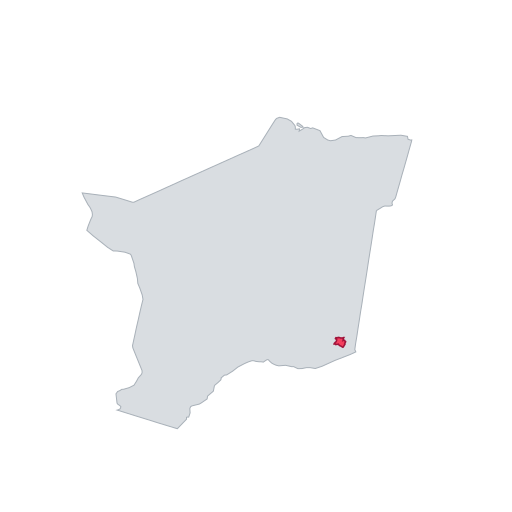 Ndhiwa, Nyanza, Kenya shown in context, rotated 246°
{"feature_id": "3690345B51434917036574", "entity_name": "Ndhiwa", "entity_type": "district", "adm_level": 2, "iso_a3": "KEN", "parent_name": "Kenya", "parent_adm1": "Nyanza", "projection": "natural_earth1", "projection_center": [34.403, -0.712], "detail": "fine", "context": "in_parent", "style": "filled", "palette": "rose", "viewbox_px": 512, "rotation_deg": 246, "n_neighbors": 0, "source": "geoboundaries", "source_scale": "gbopen_adm2", "svg_char_len": 5037}
<svg xmlns="http://www.w3.org/2000/svg" viewBox="0 0 512 512"><g transform="rotate(246 256 256)"><path d="M127.8,308.2L127.7,301.8L128.5,285.7L128.4,271.5L129.1,264.4L132.1,259.9L133.5,256.7L134.5,252.1L136.1,248.4L139.7,245.3L140.3,243.7L144.1,238.6L146.4,232.1L148.1,229.9L150.3,227.9L151.8,226.8L154.3,225.7L156.2,225.1L156.6,224.6L156.8,223.5L156.1,219.5L157.0,218.2L158.3,215.5L159.8,213.0L161.2,211.4L162.0,209.7L162.3,206.9L162.4,204.9L162.4,201.6L161.9,194.2L160.3,187.9L159.3,180.9L160.0,178.6L158.8,174.5L158.1,174.3L157.1,173.4L155.8,169.6L154.8,166.0L154.2,165.1L149.9,162.1L147.7,154.8L145.3,153.2L144.0,146.0L143.8,143.9L145.1,136.7L145.0,135.1L143.6,133.5L139.5,132.0L136.2,129.0L136.7,128.0L136.9,126.9L135.2,126.2L130.2,113.9L136.6,106.5L143.1,99.0L151.5,89.5L159.1,80.8L165.8,73.2L171.7,66.5L171.5,67.8L171.6,69.5L172.3,70.5L173.5,71.3L175.2,70.5L176.7,69.5L178.1,69.2L187.0,72.0L188.5,74.5L188.4,77.1L188.8,79.0L188.1,80.9L187.3,86.7L187.6,92.0L190.2,95.9L192.6,99.0L194.5,103.3L195.9,104.6L197.8,105.3L203.9,105.5L213.0,105.8L221.7,106.1L222.4,106.2L224.3,106.7L232.3,112.6L239.6,117.9L245.8,122.6L251.9,127.1L257.7,131.5L262.3,135.1L266.7,136.2L274.0,136.8L279.0,136.9L283.7,138.5L290.6,139.9L295.8,140.6L298.9,141.5L307.5,142.3L309.0,141.8L312.8,137.8L317.0,131.2L318.7,127.6L324.2,124.0L333.9,119.0L340.7,115.4L348.3,111.9L351.8,115.0L356.6,119.9L358.7,122.4L360.4,123.4L363.0,124.2L366.1,124.2L367.9,124.1L371.4,123.4L379.6,122.8L384.3,122.9L380.4,129.4L375.6,137.3L366.9,151.8L360.3,159.4L355.3,165.1L354.8,166.2L354.9,172.6L354.9,188.3L355.1,219.6L355.2,251.0L355.3,282.3L355.3,298.0L355.4,303.3L359.8,309.9L364.1,316.3L369.8,324.8L372.8,329.4L373.3,330.9L373.1,334.0L368.5,340.3L364.6,343.2L359.4,344.6L357.9,344.4L355.9,343.5L355.1,345.0L354.5,347.4L353.3,346.9L352.5,346.2L353.0,350.4L353.5,352.5L352.7,355.3L350.2,357.8L350.0,359.9L344.5,365.4L336.8,366.0L332.8,368.7L331.0,370.9L329.6,375.8L330.1,383.2L327.9,389.0L327.5,391.8L323.5,395.5L321.8,399.0L320.4,402.4L319.3,404.0L318.0,411.7L316.1,416.5L315.6,418.0L315.1,419.5L313.7,422.2L312.8,424.1L312.1,425.4L307.4,437.5L303.7,443.0L300.8,442.4L298.9,444.5L298.7,445.5L297.7,444.9L295.3,442.9L290.4,438.8L285.4,434.7L280.5,430.6L275.6,426.5L270.7,422.3L265.7,418.2L260.8,414.1L255.9,410.0L253.0,407.6L251.7,406.2L250.7,403.3L250.2,402.6L248.9,401.7L247.3,401.5L246.9,401.0L246.9,399.6L247.5,397.7L249.3,393.9L249.5,391.7L249.1,389.1L248.6,385.1L248.1,384.2L244.8,382.1L237.9,377.7L231.1,373.2L224.2,368.8L217.4,364.4L210.5,359.9L203.7,355.5L196.8,351.1L190.0,346.7L183.1,342.2L176.3,337.8L169.4,333.4L162.6,328.9L155.7,324.5L148.9,320.1L142.0,315.7L135.2,311.2L132.6,309.6L130.3,308.2L127.8,308.2ZM355.8,351.2L354.6,351.5L355.2,349.4L358.8,346.7L360.2,347.3L360.5,347.9L360.4,348.5L359.8,349.0L355.8,351.2Z" fill="#d9dde1" stroke="#a8b0b8" stroke-width="1"/><path d="M148.2,298.0L148.1,297.9L148.1,297.6L148.1,297.3L148.1,297.2L148.2,296.8L148.3,296.7L148.5,296.4L148.7,296.2L148.8,296.0L148.9,295.9L148.8,295.7L148.7,295.4L148.5,295.2L148.4,295.1L148.2,294.9L148.0,295.0L148.1,295.3L148.2,295.5L147.9,295.5L147.7,295.5L147.4,295.5L147.2,295.5L146.9,295.7L146.7,295.6L146.4,295.5L146.2,295.4L146.0,295.2L145.9,295.1L145.7,294.9L145.5,294.7L145.4,294.6L145.2,294.5L145.2,294.4L145.0,294.1L145.0,293.9L145.0,293.7L144.9,293.4L144.9,293.2L144.7,293.0L144.6,292.9L144.6,292.7L144.5,292.4L144.4,292.3L144.4,292.1L144.3,291.9L144.2,291.8L144.1,291.7L143.9,291.6L143.9,291.8L143.8,292.0L143.7,292.0L143.6,292.3L143.4,292.3L143.3,292.5L143.2,292.7L143.1,292.8L142.9,292.8L142.7,292.8L142.7,293.1L142.6,293.3L142.5,293.5L142.4,293.6L142.4,293.8L142.3,294.0L142.2,294.2L142.2,294.3L142.2,294.5L142.1,294.9L142.1,295.0L142.1,295.3L141.9,295.4L141.7,295.4L141.5,295.5L141.4,295.5L141.2,295.6L140.9,295.6L140.7,295.7L140.5,295.8L140.3,295.9L140.2,295.9L139.6,296.5L139.0,297.0L138.5,297.4L138.4,297.4L138.1,297.6L137.5,298.0L137.3,298.2L137.3,298.3L137.4,298.5L137.4,298.8L137.5,298.9L137.6,299.0L137.7,299.3L137.8,299.4L137.9,299.5L138.0,299.6L138.2,299.8L138.3,299.9L138.4,300.0L138.5,300.1L138.5,300.3L138.7,300.5L138.8,300.7L138.8,300.8L138.9,301.0L139.0,301.0L139.1,301.3L139.3,301.4L139.5,301.5L139.8,301.6L140.0,301.5L140.3,301.8L140.4,302.0L140.5,302.0L140.6,302.3L140.8,302.5L141.0,302.8L141.1,303.0L141.4,303.1L141.5,303.0L141.8,302.9L141.9,302.7L142.0,302.7L142.3,302.6L142.5,302.6L142.8,302.6L142.8,302.4L143.0,302.3L143.3,302.2L143.4,301.9L143.5,301.8L143.6,301.7L143.4,301.5L143.4,301.4L143.4,301.2L143.5,301.3L143.8,301.4L144.0,301.5L144.3,301.7L144.4,301.8L144.5,301.8L144.7,302.0L144.8,302.1L145.0,302.2L145.0,302.3L145.3,302.4L145.3,302.5L145.5,302.7L145.7,302.8L145.8,303.0L145.9,302.8L145.8,302.7L145.8,302.3L145.8,302.2L145.9,301.9L145.9,301.7L146.0,301.7L146.1,301.4L146.2,301.2L146.3,300.9L146.4,300.7L146.5,300.4L146.5,300.2L146.7,299.9L146.8,299.9L147.0,299.7L147.2,299.4L147.3,299.3L147.4,299.2L147.5,299.1L147.7,298.9L147.7,298.7L147.8,298.7L148.0,298.4L148.1,298.1L148.2,298.0Z" fill="#f43f5e" stroke="#9f1239" stroke-width="1.5"/></g></svg>